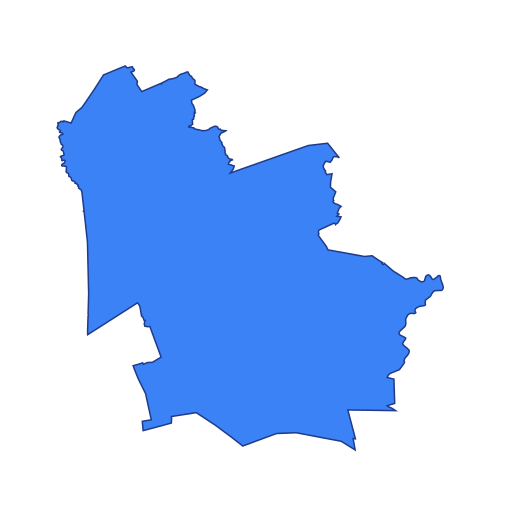 Rayón, San Luis Potosí, Mexico (Natural Earth projection), rotated 263°
{"feature_id": "50627088B63046987106360", "entity_name": "Rayón", "entity_type": "district", "adm_level": 2, "iso_a3": "MEX", "parent_name": "Mexico", "parent_adm1": "San Luis Potosí", "projection": "natural_earth1", "projection_center": [-99.555, 21.802], "detail": "fine", "context": "isolated", "style": "filled", "palette": "blue", "viewbox_px": 512, "rotation_deg": 263, "n_neighbors": 0, "source": "geoboundaries", "source_scale": "gbopen_adm2", "svg_char_len": 6030}
<svg xmlns="http://www.w3.org/2000/svg" viewBox="0 0 512 512"><g transform="rotate(263 256 256)"><path d="M410.5,88.7L413.5,81.9L413.4,81.2L412.7,81.3L412.7,80.9L413.5,78.8L412.8,78.0L412.4,77.4L412.5,75.7L412.1,75.5L411.5,75.5L411.1,75.7L410.4,75.8L409.7,75.2L408.2,74.6L407.6,74.2L406.8,74.5L405.6,75.4L405.2,76.4L404.3,77.1L403.6,76.8L403.2,76.1L402.6,76.3L402.2,76.9L401.8,78.5L401.4,78.7L401.1,79.1L400.4,79.1L400.1,78.5L399.9,76.7L399.4,76.3L399.1,75.7L398.5,75.2L397.9,74.9L396.2,75.4L395.5,75.8L394.6,75.8L393.4,75.6L391.3,76.3L390.7,76.3L390.2,76.9L389.5,77.5L388.7,77.8L387.8,77.7L387.0,77.1L386.3,76.2L385.8,75.8L385.1,75.8L384.6,76.0L383.9,77.3L383.3,77.5L380.0,77.9L379.5,77.3L379.2,76.3L378.9,74.9L378.5,74.0L378.0,74.1L377.4,74.6L376.6,75.0L374.4,74.9L374.2,75.7L374.5,76.6L374.4,77.7L374.1,78.1L373.4,78.2L372.6,77.8L372.1,77.3L371.7,77.0L370.9,75.0L370.6,74.6L370.2,74.3L369.4,74.2L368.8,74.7L368.8,75.8L368.7,76.5L368.3,77.1L368.3,78.0L367.9,78.6L367.0,78.7L364.9,78.2L364.0,78.2L363.3,77.7L362.6,77.9L361.7,78.4L360.9,79.8L360.2,80.1L359.5,80.1L358.5,79.9L357.7,80.1L357.3,81.1L356.4,81.8L355.8,82.1L354.0,82.2L353.4,82.5L352.9,83.1L352.5,84.1L351.9,85.1L351.0,85.5L350.3,85.2L350.1,85.5L350.1,86.5L349.3,86.7L349.1,87.4L348.2,88.0L347.2,87.6L346.7,88.2L346.2,88.5L345.0,88.2L342.8,90.6L340.4,91.0L321.8,90.8L321.5,90.2L320.8,90.8L290.3,90.4L239.0,85.3L219.1,82.3L216.9,82.3L216.7,82.2L216.5,81.9L215.7,81.8L202.8,79.8L198.5,79.3L198.4,79.3L223.9,132.6L222.6,133.6L220.1,134.6L211.7,135.0L211.7,135.3L210.5,135.0L208.6,136.5L207.2,136.7L205.8,137.1L205.6,137.5L205.5,138.1L204.8,137.5L201.8,136.8L199.9,137.1L200.0,137.5L199.2,138.9L199.0,140.5L199.0,141.3L198.8,142.1L167.2,149.5L163.1,140.2L163.5,135.3L162.2,130.9L163.8,130.5L162.8,125.5L162.1,120.7L159.2,121.3L148.3,124.2L133.0,129.6L106.2,132.1L105.8,123.0L96.4,122.7L100.5,151.6L104.5,152.4L107.0,152.5L107.8,177.6L93.3,194.7L79.6,209.1L69.0,219.7L77.3,254.6L75.7,274.3L61.7,318.0L51.4,330.8L63.0,330.1L62.4,332.4L92.0,328.4L85.5,375.7L88.3,372.4L90.9,368.0L91.4,367.9L92.8,375.7L117.0,377.9L119.4,371.4L121.7,372.9L122.0,373.2L123.1,374.8L125.7,384.5L131.2,389.7L131.3,389.7L132.6,390.5L133.7,390.1L134.3,390.3L136.0,391.1L137.5,392.5L137.8,393.1L140.4,395.5L142.5,396.5L143.8,396.5L146.5,394.4L148.4,392.4L149.2,391.9L149.8,391.3L151.5,390.9L152.8,392.0L155.1,394.1L155.7,394.5L156.5,394.5L157.3,393.4L159.3,390.4L160.2,389.2L161.1,388.7L162.5,388.5L164.2,390.1L167.4,394.6L168.0,395.3L168.8,395.9L170.4,396.4L173.0,396.7L174.0,396.7L175.2,396.9L178.1,398.8L178.9,399.4L180.2,401.7L180.2,402.2L179.9,404.7L179.5,405.8L179.7,406.2L179.7,406.7L180.0,407.5L180.3,407.7L182.4,407.0L183.4,407.4L184.3,408.0L185.0,409.1L185.7,410.8L186.0,412.0L186.3,417.4L186.8,418.2L188.2,418.2L190.5,418.5L191.3,418.8L191.8,419.2L193.2,421.7L193.7,422.2L194.1,423.3L195.3,424.7L196.7,425.5L199.0,427.7L199.4,428.4L199.6,429.2L199.7,431.0L199.2,436.1L199.4,436.4L200.5,437.5L201.9,438.0L204.7,437.8L205.8,437.6L207.6,437.0L208.6,436.9L210.1,436.5L211.7,436.5L213.6,436.4L214.1,435.9L214.3,435.0L214.0,434.2L212.7,432.4L211.1,429.5L211.2,428.7L211.7,428.0L213.5,427.3L215.6,426.0L216.3,424.9L216.1,424.2L216.0,423.4L215.7,422.7L215.0,422.0L212.2,420.7L211.0,420.3L210.3,419.5L210.2,416.8L212.5,413.9L214.6,412.9L215.4,410.7L215.5,409.3L215.4,408.0L215.6,407.3L215.4,406.0L215.1,405.2L214.8,403.7L214.8,402.6L215.1,401.3L215.5,400.7L216.8,399.7L224.3,390.4L233.2,382.3L232.2,381.9L232.1,380.9L233.4,379.9L234.2,380.6L236.9,377.1L242.1,371.3L242.3,363.6L253.2,328.6L253.3,328.2L257.1,326.9L268.6,320.5L269.6,320.4L270.1,321.1L272.3,320.9L273.5,321.3L274.2,322.0L279.1,337.4L278.8,338.1L278.4,338.3L278.2,338.7L277.6,338.8L277.8,339.0L278.7,341.0L280.1,342.2L282.4,343.9L284.5,345.2L285.0,343.7L285.6,341.1L287.6,343.4L288.6,341.9L293.1,344.3L294.9,346.5L296.9,343.7L298.7,340.4L300.2,339.0L300.8,339.2L301.5,339.9L303.3,339.4L310.0,343.0L315.3,338.2L320.8,339.2L328.4,341.5L328.1,336.2L330.8,335.0L331.9,335.4L332.8,335.0L333.2,334.4L334.1,334.3L334.8,333.8L337.3,333.7L338.6,334.5L341.6,336.7L340.0,341.1L341.6,342.6L342.3,343.4L343.7,343.9L344.9,345.1L345.1,345.6L344.6,348.8L343.3,350.6L359.2,340.8L359.3,321.3L341.5,240.6L345.1,244.1L346.3,244.6L347.6,245.3L348.1,245.3L348.5,244.1L349.6,242.1L350.0,240.8L350.4,239.9L351.3,240.0L352.2,240.5L352.8,241.7L353.7,241.8L354.3,244.3L354.9,243.9L355.3,242.1L356.1,241.1L356.4,240.6L357.3,240.1L358.6,240.0L358.8,239.8L358.8,239.6L359.6,239.1L360.3,238.2L361.2,238.3L362.8,237.7L363.5,238.1L364.7,238.0L365.4,238.1L366.0,238.0L366.8,238.1L368.1,237.6L368.7,237.0L369.2,236.6L370.7,236.1L371.3,235.8L371.6,235.9L372.1,235.7L372.5,236.0L372.6,235.9L376.0,234.1L377.2,234.3L379.0,233.7L380.2,234.8L382.0,235.9L383.7,241.0L384.0,241.4L384.8,237.7L384.9,236.6L386.1,236.3L386.2,236.1L386.3,235.3L386.1,234.6L386.3,234.4L386.9,234.3L387.6,233.9L388.1,233.9L389.3,233.0L389.4,232.7L389.6,231.6L389.9,230.8L388.2,225.6L387.4,224.8L386.6,221.6L386.9,218.4L387.4,216.6L388.3,214.7L388.5,213.6L389.4,211.4L389.6,210.5L390.7,210.0L391.0,209.5L391.2,208.1L391.6,207.6L391.6,206.9L392.4,204.9L393.0,205.4L393.3,206.0L393.3,207.2L394.6,209.3L394.8,209.3L396.0,209.0L397.1,209.4L398.3,209.2L399.3,209.5L399.4,209.8L399.3,210.5L399.5,210.8L401.3,211.1L402.5,212.0L403.3,211.9L403.7,211.7L404.3,211.9L404.9,212.3L405.4,213.2L406.3,212.3L407.1,213.2L408.5,213.2L413.2,212.2L415.2,211.0L418.5,210.9L421.3,219.4L423.8,224.7L426.8,228.0L428.5,224.6L430.4,222.1L431.0,220.4L432.8,218.0L433.7,216.4L437.7,216.8L439.1,215.7L440.4,214.4L442.0,214.0L443.5,212.2L447.0,210.8L447.0,209.4L446.2,206.9L445.5,203.0L444.0,200.4L443.0,199.3L442.2,195.5L442.0,190.8L441.0,188.7L439.4,184.0L438.2,183.2L438.2,182.9L438.3,182.7L438.9,182.5L433.1,162.6L440.8,158.7L443.9,159.6L453.7,154.3L453.9,154.8L454.2,156.6L454.6,157.4L454.9,157.8L455.8,158.0L457.1,157.0L457.6,156.7L458.7,156.5L458.9,156.3L458.7,153.3L458.5,152.5L458.5,150.9L460.6,149.4L454.3,126.7L440.6,115.4L424.9,101.6L420.3,94.7L410.5,88.7Z" fill="#3b82f6" stroke="#1e3a8a" stroke-width="1.5"/></g></svg>